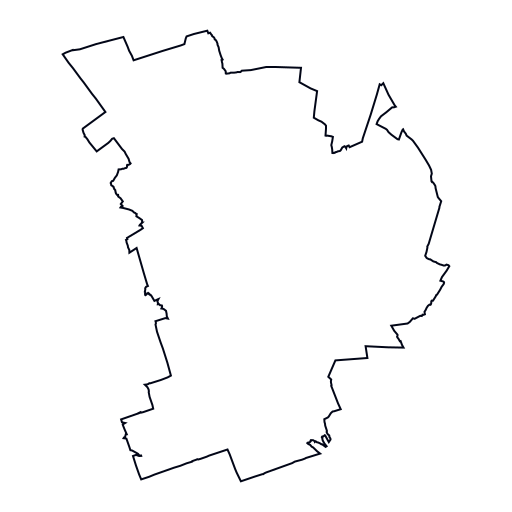 the district of Gorbanesti, Botosani, Romania
{"feature_id": "2599482B80861129440907", "entity_name": "Gorbanesti", "entity_type": "district", "adm_level": 2, "iso_a3": "ROU", "parent_name": "Romania", "parent_adm1": "Botosani", "projection": "albers", "projection_center": [26.871, 47.774], "detail": "fine", "context": "isolated", "style": "outline", "palette": "ink", "viewbox_px": 512, "rotation_deg": 0, "n_neighbors": 0, "source": "geoboundaries", "source_scale": "gbopen_adm2", "svg_char_len": 6032}
<svg xmlns="http://www.w3.org/2000/svg" viewBox="0 0 512 512"><path d="M424.9,314.3L424.5,311.8L425.6,310.1L426.6,307.9L427.9,305.9L429.5,304.6L430.5,304.8L430.8,304.5L431.3,302.9L431.2,301.9L431.5,300.9L431.8,300.6L432.8,300.8L433.3,300.2L435.8,296.2L436.1,295.2L437.0,294.7L440.1,289.8L441.7,286.7L443.6,284.2L444.1,282.8L443.9,282.0L443.2,281.5L440.4,280.7L442.0,277.0L446.6,270.7L449.3,266.2L448.5,265.2L446.5,264.6L445.3,265.4L443.9,265.6L440.9,264.6L440.1,264.5L436.8,262.9L436.2,262.2L433.3,261.4L430.2,259.3L429.3,259.3L427.3,258.4L426.6,257.9L425.2,255.8L426.5,251.9L427.4,247.6L427.3,246.5L428.7,243.8L439.0,209.1L439.4,207.8L439.4,206.9L441.2,201.2L438.5,198.0L437.8,197.0L435.6,188.2L435.4,186.2L435.1,185.5L433.7,183.3L432.2,181.7L431.9,181.9L431.5,181.3L431.0,176.3L431.8,173.6L431.1,169.8L429.0,165.4L425.6,159.7L418.0,147.7L413.0,140.8L411.7,139.5L406.6,135.6L405.8,133.7L404.0,131.4L403.1,129.3L402.7,129.6L401.4,132.4L398.9,139.5L397.5,139.2L391.4,134.7L388.5,132.1L387.0,129.8L385.7,128.8L376.6,124.1L377.6,121.3L379.0,119.0L381.0,116.3L386.5,112.1L392.2,107.3L394.0,107.3L395.8,106.7L394.6,105.2L388.5,94.7L383.3,83.2L381.3,85.2L379.7,84.3L376.8,94.7L370.7,114.6L362.8,138.3L362.1,141.7L349.6,147.2L348.7,145.5L347.1,146.1L346.3,147.5L346.2,148.3L345.1,146.6L344.6,146.2L344.3,146.3L342.3,147.5L340.7,150.3L339.9,151.0L337.7,151.4L336.6,152.0L335.3,152.2L334.7,152.9L333.9,152.8L333.2,153.1L332.4,153.0L332.2,149.5L331.8,147.0L331.3,145.1L332.2,141.3L332.9,136.9L331.4,136.3L327.1,135.6L326.2,135.8L325.5,135.6L326.0,128.6L326.0,125.7L324.9,124.3L321.5,121.7L318.3,120.3L313.8,117.7L314.4,111.2L317.1,91.1L310.6,88.4L299.4,82.2L301.0,67.8L275.5,67.0L266.2,67.0L250.8,70.1L241.8,70.7L240.5,72.0L240.0,72.1L237.6,72.0L236.4,72.4L233.8,72.7L230.6,72.7L229.5,73.3L226.2,73.7L225.8,73.5L225.7,72.8L225.8,72.2L225.6,71.1L223.9,68.8L222.6,67.8L222.4,63.7L221.9,61.9L221.8,61.1L221.9,60.5L221.6,60.1L222.6,59.6L221.7,58.0L220.6,55.1L219.2,50.7L218.6,47.2L217.5,44.7L217.5,43.7L216.6,41.4L215.8,40.1L214.7,39.4L214.6,38.6L214.2,37.8L213.6,37.1L212.2,36.2L212.0,35.2L211.4,34.7L210.1,32.7L208.3,33.3L207.3,30.7L193.9,34.0L186.6,36.4L185.8,38.3L184.4,44.1L180.6,45.5L162.7,50.9L133.6,60.3L131.9,55.8L129.1,50.7L127.7,46.9L123.4,37.0L96.4,44.0L79.9,49.3L72.4,50.3L72.4,50.1L65.6,52.7L62.7,54.3L68.7,62.9L73.0,68.2L80.5,78.4L83.6,82.3L91.9,93.7L95.9,98.7L105.4,112.0L82.8,128.6L82.6,129.6L83.5,132.8L84.7,135.1L84.6,136.6L85.5,136.9L87.3,139.1L89.4,142.5L96.7,151.4L108.3,142.9L110.4,140.9L112.1,138.8L113.9,138.2L122.0,149.0L124.6,151.6L125.7,153.9L128.6,158.8L129.5,162.0L130.6,163.4L130.0,164.1L128.4,164.9L127.2,164.9L127.0,165.5L127.1,166.7L126.4,167.9L125.2,168.1L123.5,168.8L122.6,168.7L121.0,169.3L118.6,169.4L118.1,171.9L116.8,175.4L114.9,177.8L113.2,180.8L111.8,181.2L110.7,182.9L110.7,183.2L111.0,183.7L111.3,185.3L113.0,186.3L113.7,187.1L113.6,187.6L114.2,188.5L114.2,189.0L115.3,190.2L115.3,190.9L115.6,191.8L115.6,192.4L115.9,192.9L115.9,193.4L117.1,194.9L118.1,194.9L118.2,195.6L118.0,196.0L118.3,196.6L120.5,198.2L122.8,201.4L120.8,204.0L122.6,206.0L121.7,207.1L120.9,206.9L120.5,207.5L123.3,208.0L129.1,209.5L132.3,210.8L134.2,212.6L135.3,213.0L136.2,213.9L136.7,214.1L136.4,214.9L136.6,215.4L136.4,216.3L139.2,218.0L142.0,220.0L142.2,221.4L141.8,222.6L142.3,222.6L139.8,224.9L139.5,225.5L141.6,225.8L142.9,228.2L140.7,229.7L127.0,237.9L127.4,239.1L126.0,239.9L126.4,241.0L126.6,242.5L127.8,245.7L128.0,247.3L129.3,250.0L129.4,252.7L136.6,248.0L143.9,273.4L147.1,284.1L147.9,286.0L146.1,286.8L145.2,288.2L145.3,289.5L144.8,291.9L145.3,292.4L145.3,292.8L145.0,293.8L145.2,295.0L145.4,295.2L145.8,295.0L148.1,292.9L149.3,293.8L149.2,294.3L149.7,294.5L150.3,295.1L150.7,295.0L151.4,295.8L154.4,300.9L158.5,299.0L157.5,301.0L157.4,301.4L158.0,303.0L157.8,304.3L159.1,304.2L160.0,305.2L161.9,305.5L162.1,306.2L161.9,307.5L161.4,308.5L163.5,308.9L166.0,310.8L166.6,313.7L166.8,316.3L167.9,318.6L165.4,318.1L155.5,321.2L155.8,322.0L155.9,323.5L155.5,324.5L157.0,331.7L160.6,342.4L162.9,348.6L167.4,362.8L170.9,375.6L167.6,377.4L160.8,380.0L150.3,383.3L149.3,383.2L148.5,383.9L147.2,384.4L144.9,384.7L147.5,387.3L148.6,389.5L148.9,391.3L148.7,392.1L149.6,396.9L152.4,405.0L153.2,408.7L143.0,412.2L140.9,412.7L140.6,412.1L138.5,413.1L138.6,413.3L121.1,419.4L122.0,422.3L125.1,423.0L122.8,424.4L122.7,424.6L124.5,429.2L126.7,434.2L125.8,434.2L125.1,436.9L124.0,437.5L123.6,438.2L126.4,438.6L129.3,446.8L130.4,450.2L132.1,450.5L137.5,453.5L138.1,453.9L139.5,455.6L141.1,455.5L141.2,455.9L139.1,456.0L136.0,454.9L133.0,456.0L135.9,465.3L139.1,474.4L141.2,479.4L149.1,476.8L154.4,474.6L174.0,467.7L180.3,465.8L186.6,463.3L192.0,461.7L192.3,461.5L192.3,461.1L196.3,459.7L197.3,459.2L198.1,459.5L200.4,458.9L206.7,456.7L209.1,455.6L227.5,449.5L229.7,454.4L235.1,468.9L236.6,472.5L240.9,481.3L254.7,476.6L262.6,474.1L263.4,474.1L264.3,473.3L266.3,472.4L292.2,463.1L294.8,461.6L302.0,459.7L304.9,458.6L305.9,458.0L320.1,453.6L317.0,451.2L313.1,447.4L311.7,446.7L310.1,444.8L308.4,444.1L307.3,443.1L307.5,442.8L308.2,442.5L309.0,442.5L310.0,442.0L310.8,441.1L310.6,440.5L310.9,440.1L313.1,440.2L314.4,441.0L314.8,441.4L314.9,441.9L315.7,441.3L317.0,442.3L318.2,442.5L320.1,443.4L321.4,444.3L322.0,444.2L325.6,446.9L326.6,446.2L324.4,443.5L322.9,440.8L322.5,439.8L322.4,438.6L321.8,437.2L322.1,436.6L322.4,436.4L323.1,436.6L324.8,435.2L325.2,435.5L328.8,442.1L330.5,439.6L330.4,438.5L329.3,436.8L329.4,436.2L329.2,435.4L327.8,434.3L326.8,432.6L326.6,431.9L326.9,431.3L326.9,430.8L325.2,425.6L325.0,423.7L324.5,422.0L324.3,419.2L327.8,417.5L328.7,416.6L330.8,413.2L332.6,411.5L334.0,411.3L340.7,409.2L338.0,403.3L331.2,385.8L331.6,385.2L331.0,382.7L330.9,381.3L331.2,379.5L328.3,376.8L335.4,360.4L367.4,358.0L365.6,346.2L387.9,347.3L403.5,347.6L402.0,344.9L400.6,341.1L399.9,341.3L398.5,338.8L397.3,337.3L397.1,336.5L397.5,335.9L397.5,334.7L394.2,330.8L391.3,325.7L407.6,323.5L409.8,321.9L412.9,318.3L414.6,318.8L420.3,315.8L421.8,316.0L422.5,314.7L423.3,314.9L424.9,314.3Z" fill="none" stroke="#020617" stroke-width="2"/></svg>